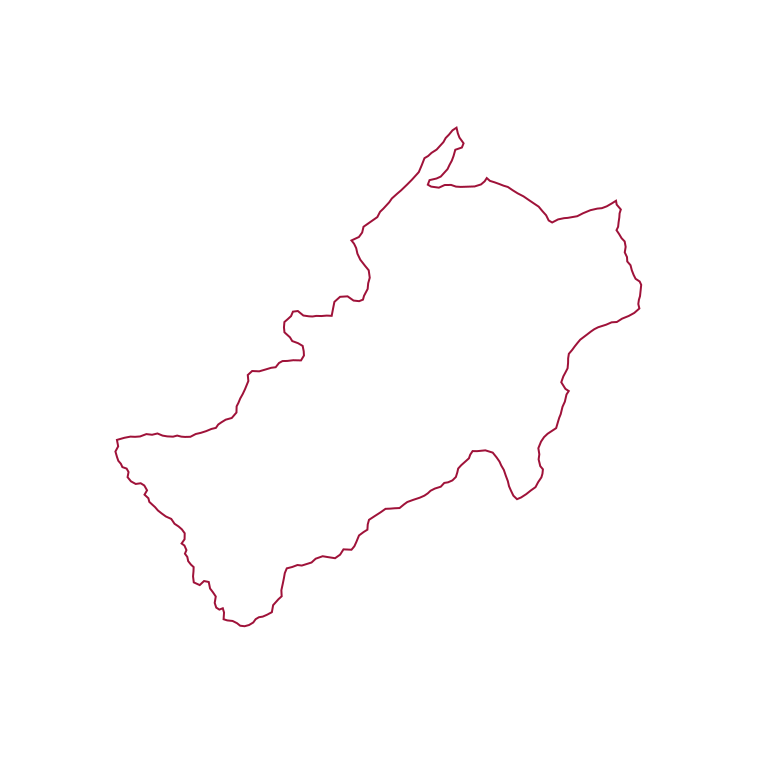 Pompéia, São Paulo, Brazil, rotated 36°
{"feature_id": "56859067B65956509241902", "entity_name": "Pompéia", "entity_type": "district", "adm_level": 2, "iso_a3": "BRA", "parent_name": "Brazil", "parent_adm1": "São Paulo", "projection": "mercator", "projection_center": [-50.194, -22.033], "detail": "fine", "context": "isolated", "style": "outline", "palette": "rose", "viewbox_px": 768, "rotation_deg": 36, "n_neighbors": 0, "source": "geoboundaries", "source_scale": "gbopen_adm2", "svg_char_len": 4411}
<svg xmlns="http://www.w3.org/2000/svg" viewBox="0 0 768 768"><g transform="rotate(36 384 384)"><path d="M464.0,99.4L462.1,104.1L459.8,109.3L456.9,113.7L453.5,116.7L448.8,122.1L444.7,128.8L441.7,134.7L435.0,141.6L432.2,144.0L428.1,148.5L425.1,154.5L421.1,154.9L416.0,152.2L410.4,151.0L404.9,149.6L399.9,149.8L394.1,150.0L386.6,150.2L380.0,151.2L374.4,151.6L368.4,151.8L364.1,153.3L359.5,154.5L354.7,155.9L350.3,157.4L346.1,157.0L346.3,160.9L345.2,165.5L341.2,170.9L334.8,175.9L330.3,179.4L326.2,182.0L321.3,183.5L316.1,187.4L313.0,192.9L306.1,196.6L302.3,197.0L301.0,192.3L305.7,186.9L308.0,182.8L309.1,172.8L308.2,168.1L307.6,163.5L306.3,158.8L304.0,152.6L308.0,146.9L306.9,142.5L300.2,140.3L296.4,137.8L292.0,134.0L290.3,138.5L290.0,144.0L289.3,148.7L289.9,153.4L289.4,157.9L288.8,163.4L286.6,169.0L285.7,173.6L284.0,177.5L285.9,184.7L287.6,192.1L286.5,202.4L285.5,208.9L284.0,217.3L282.8,222.3L281.3,229.3L281.4,234.0L280.4,242.6L279.6,247.0L280.5,252.9L275.0,268.8L277.3,274.3L277.3,279.8L273.3,287.0L277.3,288.1L281.6,290.4L285.9,294.2L291.8,297.4L299.4,299.6L304.8,301.0L310.0,306.4L312.0,311.8L314.9,316.7L316.0,324.4L317.4,328.1L315.2,331.6L310.3,334.4L303.0,334.5L297.2,339.3L295.6,346.7L298.5,353.0L301.6,359.6L297.5,362.3L293.3,365.9L289.2,368.7L286.5,371.4L283.4,373.4L278.5,376.0L271.4,375.6L267.8,379.0L268.9,383.7L268.0,388.1L267.0,392.4L269.8,397.0L273.1,400.7L280.5,401.5L284.5,403.2L290.5,401.5L295.8,401.0L299.8,404.7L302.5,408.0L303.0,413.7L296.6,418.1L292.2,422.2L288.4,425.1L286.7,428.7L286.5,434.1L283.2,437.2L279.4,442.2L275.6,447.1L269.7,451.0L268.5,456.8L272.5,461.3L274.6,469.9L275.6,475.1L276.2,480.2L277.3,484.8L277.9,488.7L281.4,493.8L280.8,501.0L276.9,505.9L275.0,510.5L273.7,514.2L273.8,518.3L270.8,521.8L267.8,526.7L264.5,531.2L261.1,535.1L258.4,540.5L254.1,543.8L251.0,545.7L247.0,547.3L244.3,550.6L239.4,553.8L235.2,555.9L229.8,557.2L226.2,561.4L221.2,564.2L217.5,569.8L213.6,573.1L209.8,575.6L205.6,580.1L200.8,586.2L205.6,590.7L206.4,596.5L210.9,600.0L214.2,602.3L218.0,603.2L221.2,605.0L225.5,603.7L229.1,605.4L231.3,610.1L236.5,611.5L241.9,610.8L245.5,607.3L249.7,607.0L254.8,609.3L255.3,614.3L260.5,614.9L263.4,617.3L267.6,617.8L271.2,618.2L275.4,619.2L280.2,619.4L285.4,619.4L291.2,618.2L296.7,620.2L301.6,620.0L305.9,620.4L310.5,621.9L313.9,626.8L314.0,632.0L317.5,632.0L321.8,634.5L322.7,638.3L326.5,639.5L329.7,642.4L334.0,643.6L337.6,644.0L339.9,647.4L342.6,651.9L346.7,656.3L353.1,655.0L354.2,649.2L358.6,647.2L363.5,651.7L367.9,653.0L372.8,654.8L375.7,660.6L379.7,663.5L383.4,663.3L385.4,660.2L388.9,662.9L392.5,668.6L396.1,667.4L400.8,664.7L405.7,663.9L409.7,664.1L413.6,661.9L416.5,658.3L418.4,653.8L418.4,649.7L419.9,646.2L422.6,643.5L424.8,639.8L427.4,634.5L424.3,628.1L425.1,620.2L426.0,615.9L422.2,611.2L419.2,604.4L417.1,599.8L414.9,595.3L413.7,590.3L417.3,586.0L420.4,581.3L424.2,579.2L427.7,574.5L430.3,571.0L431.4,565.5L435.6,559.4L440.4,557.0L446.8,553.7L448.8,547.9L448.4,541.6L455.1,537.2L455.4,532.7L454.5,528.2L452.8,521.2L454.5,515.8L456.2,511.6L453.4,507.2L451.7,502.7L453.9,496.9L456.7,489.7L458.6,484.1L462.5,481.0L465.5,478.4L469.5,475.2L471.0,469.5L472.2,465.8L475.7,460.6L479.8,454.9L482.3,450.6L483.7,446.7L484.4,443.0L486.6,438.7L490.3,433.7L490.9,428.6L493.6,425.9L496.0,421.8L496.8,417.0L495.3,412.5L493.7,408.8L494.2,404.3L495.6,397.9L496.4,394.2L495.3,390.5L495.1,386.2L498.7,383.7L505.0,378.1L512.3,375.6L518.2,377.2L523.1,378.9L526.7,381.0L531.5,383.1L536.3,386.5L541.3,389.8L545.2,393.2L549.3,395.6L554.3,398.3L559.3,399.0L561.6,395.2L563.8,389.5L565.4,383.7L567.2,378.4L566.4,372.8L566.2,367.0L564.9,363.4L562.7,359.6L558.7,358.6L553.4,354.1L551.0,349.6L546.6,345.2L544.9,338.3L544.7,332.9L545.6,328.1L549.2,318.5L546.8,311.8L545.6,308.3L544.7,304.6L541.8,297.5L540.7,292.0L537.8,285.2L537.6,281.1L533.6,281.3L526.4,278.4L524.6,272.4L524.0,268.0L523.3,263.4L520.5,258.7L517.9,255.0L515.8,250.9L516.2,245.9L516.2,241.6L516.4,237.1L516.7,232.8L519.0,225.2L520.6,219.8L521.9,216.1L523.9,212.2L528.9,205.4L531.9,200.3L535.9,197.0L538.2,191.2L542.0,185.1L544.7,179.4L546.2,172.8L542.7,169.8L540.7,166.0L539.5,162.5L536.4,157.1L533.8,152.6L530.6,150.8L525.7,151.0L521.8,149.0L517.6,146.3L513.6,143.0L508.8,141.9L506.0,138.5L501.4,136.0L498.9,131.0L494.9,127.2L490.5,126.4L486.1,124.5L481.7,122.9L481.0,119.2L478.8,115.4L476.4,110.8L474.3,107.5L473.0,103.6L466.8,102.1L464.0,99.4Z" fill="none" stroke="#9f1239" stroke-width="2"/></g></svg>